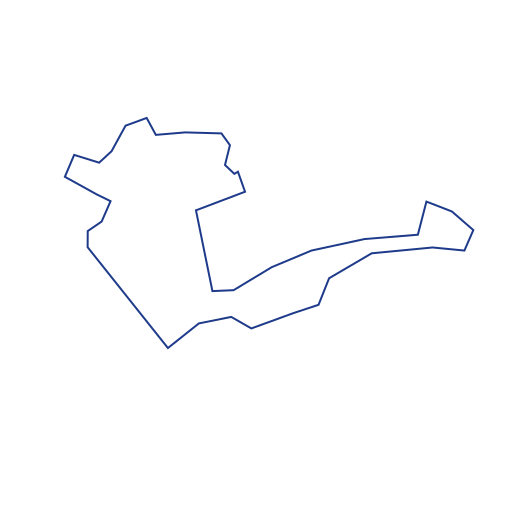 SVG path tracing the border of Plaines Wilhems, rotated 104°
{"feature_id": "MUS-5188", "entity_name": "Plaines Wilhems", "entity_type": "District", "adm_level": 1, "iso_a3": "MUS", "parent_name": "Mauritius", "parent_adm1": "", "projection": "natural_earth1", "projection_center": [57.506, -20.307], "detail": "fine", "context": "isolated", "style": "outline", "palette": "blue", "viewbox_px": 512, "rotation_deg": 104, "n_neighbors": 0, "source": "natural_earth", "source_scale": "10m", "svg_char_len": 642}
<svg xmlns="http://www.w3.org/2000/svg" viewBox="0 0 512 512"><g transform="rotate(104 256 256)"><path d="M366.6,319.2L288.2,421.5L272.5,425.3L259.9,414.1L238.0,410.4L234.8,425.3L225.4,460.6L201.9,456.9L203.4,430.8L189.3,421.5L161.1,414.1L148.5,395.5L162.7,382.5L153.2,354.6L145.4,319.2L154.8,308.1L175.2,308.1L181.5,296.9L178.6,293.9L196.3,282.2L226.2,325.3L300.6,289.8L294.6,269.5L263.0,238.0L237.3,203.5L213.3,154.8L196.2,104.1L162.0,103.8L165.4,76.7L178.3,51.4L200.3,55.1L205.0,86.7L225.4,144.4L259.9,179.7L288.2,183.5L302.3,205.8L327.4,243.0L321.1,265.3L335.2,295.1L366.6,319.2Z" fill="none" stroke="#1e3a8a" stroke-width="2"/></g></svg>